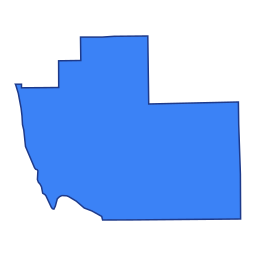 Collier, Florida, United States of America (orthographic projection)
{"feature_id": "52423323B17101546722120", "entity_name": "Collier", "entity_type": "district", "adm_level": 2, "iso_a3": "USA", "parent_name": "United States of America", "parent_adm1": "Florida", "projection": "orthographic", "projection_center": [-81.588, 26.16], "detail": "fine", "context": "isolated", "style": "filled", "palette": "blue", "viewbox_px": 256, "rotation_deg": 0, "n_neighbors": 0, "source": "geoboundaries", "source_scale": "gbopen_adm2", "svg_char_len": 700}
<svg xmlns="http://www.w3.org/2000/svg" viewBox="0 0 256 256"><path d="M80.5,37.1L80.8,60.5L58.6,60.8L58.7,87.5L38.4,87.7L36.5,87.7L21.5,87.8L21.5,84.2L15.4,84.2L15.7,84.8L18.3,93.4L21.1,108.3L22.0,115.9L22.5,124.7L23.8,130.1L25.5,146.5L34.5,167.7L35.6,169.2L37.2,169.7L37.9,170.8L37.4,179.5L38.4,182.3L40.1,184.2L41.5,186.9L42.7,193.2L44.8,194.5L45.9,195.7L51.3,207.2L52.4,208.7L53.9,209.1L55.3,206.2L57.3,198.8L59.5,196.7L61.8,195.6L62.8,195.6L66.7,195.8L68.7,196.6L76.2,201.1L84.2,208.0L91.8,210.9L101.7,216.4L102.6,220.0L131.4,219.9L240.6,219.0L240.4,174.2L238.7,124.4L238.4,102.0L148.7,104.0L147.8,36.0L114.1,36.3L102.0,37.1L80.5,37.1Z" fill="#3b82f6" stroke="#1e3a8a" stroke-width="1.5"/></svg>